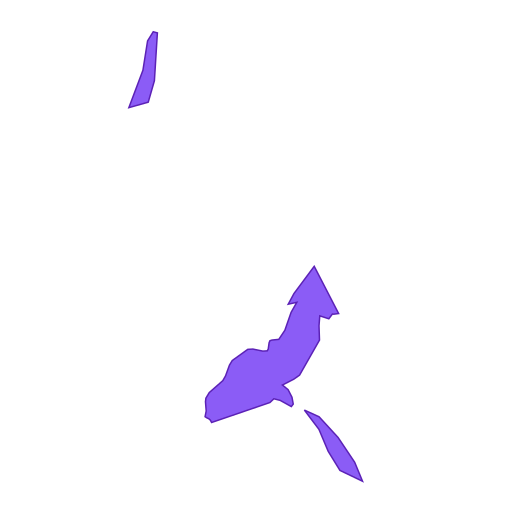 the District of Crooked Island and Long Cay, rotated 285°
{"feature_id": "BHS-5035", "entity_name": "Crooked Island and Long Cay", "entity_type": "District", "adm_level": 1, "iso_a3": "BHS", "parent_name": "The Bahamas", "parent_adm1": "", "projection": "mercator", "projection_center": [-74.169, 22.823], "detail": "fine", "context": "isolated", "style": "filled", "palette": "violet", "viewbox_px": 512, "rotation_deg": 285, "n_neighbors": 0, "source": "natural_earth", "source_scale": "10m", "svg_char_len": 915}
<svg xmlns="http://www.w3.org/2000/svg" viewBox="0 0 512 512"><g transform="rotate(285 256 256)"><path d="M118.1,307.4L83.7,256.2L85.7,254.3L86.6,252.4L86.9,250.5L87.6,248.4L93.4,248.0L102.2,244.9L105.7,244.4L112.0,246.2L127.0,256.2L132.3,257.6L143.7,258.6L148.9,260.1L163.7,272.2L165.3,277.1L165.9,287.2L167.3,291.4L169.2,291.9L175.6,291.1L177.8,291.4L178.9,293.1L181.4,299.6L191.7,303.1L210.7,304.5L221.8,307.4L217.8,299.6L229.6,302.4L261.1,314.9L221.8,350.7L219.9,346.1L219.7,344.8L214.2,342.6L214.7,333.1L205.0,334.9L191.2,339.1L152.2,328.9L146.8,324.4L138.2,314.9L135.2,321.6L128.9,327.3L122.6,330.3L119.7,329.1L122.8,316.7L122.7,310.2L118.1,307.4ZM119.7,342.6L117.0,358.6L101.9,382.3L82.3,404.7L66.0,417.2L70.6,392.6L86.0,376.3L104.8,361.7L119.7,342.6ZM446.0,103.0L399.0,112.5L376.7,112.1L366.4,94.8L406.1,98.7L435.7,95.6L446.0,98.7L446.0,103.0Z" fill="#8b5cf6" stroke="#5b21b6" stroke-width="1.5"/></g></svg>